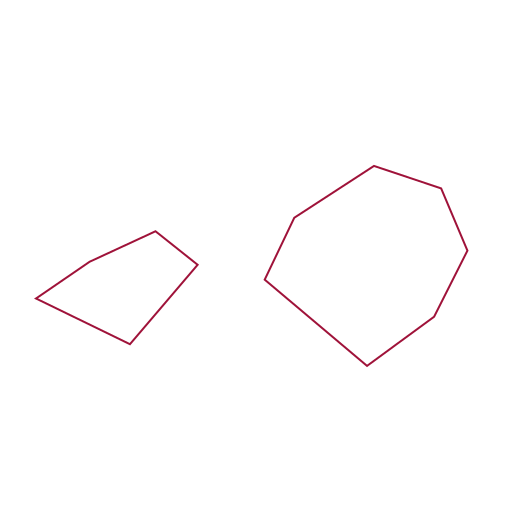 SVG path tracing the border of Planken, rotated 103°
{"feature_id": "LIE-4901", "entity_name": "Planken", "entity_type": "state/province", "adm_level": 1, "iso_a3": "LIE", "parent_name": "Liechtenstein", "parent_adm1": "", "projection": "equal_earth", "projection_center": [9.551, 47.174], "detail": "fine", "context": "isolated", "style": "outline", "palette": "rose", "viewbox_px": 512, "rotation_deg": 103, "n_neighbors": 0, "source": "natural_earth", "source_scale": "10m", "svg_char_len": 332}
<svg xmlns="http://www.w3.org/2000/svg" viewBox="0 0 512 512"><g transform="rotate(103 256 256)"><path d="M338.1,123.1L277.1,242.2L210.1,227.3L141.7,161.3L148.5,90.8L203.2,51.2L275.1,68.8L338.1,123.1ZM277.7,310.9L370.3,359.0L346.9,460.8L299.0,416.8L254.5,359.5L277.7,310.9Z" fill="none" stroke="#9f1239" stroke-width="2"/></g></svg>